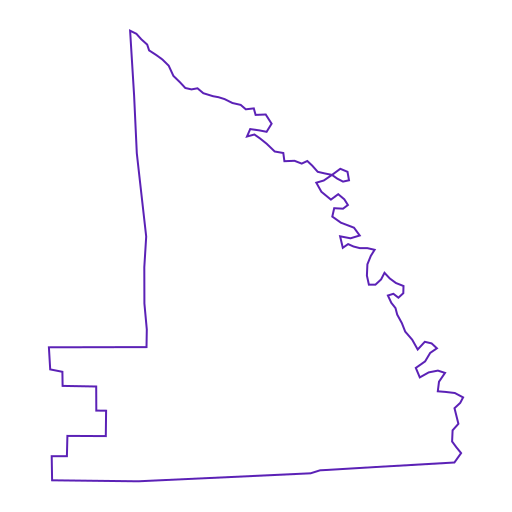 the district of Nova Prata, Rio Grande do Sul, Brazil
{"feature_id": "56859067B11495971220999", "entity_name": "Nova Prata", "entity_type": "district", "adm_level": 2, "iso_a3": "BRA", "parent_name": "Brazil", "parent_adm1": "Rio Grande do Sul", "projection": "orthographic", "projection_center": [-51.583, -28.732], "detail": "fine", "context": "isolated", "style": "outline", "palette": "violet", "viewbox_px": 512, "rotation_deg": 0, "n_neighbors": 0, "source": "geoboundaries", "source_scale": "gbopen_adm2", "svg_char_len": 1768}
<svg xmlns="http://www.w3.org/2000/svg" viewBox="0 0 512 512"><path d="M271.6,123.7L265.7,114.5L255.6,114.9L253.8,108.4L245.8,109.3L240.7,104.9L232.4,103.0L224.6,99.1L218.5,97.2L213.0,96.2L203.3,93.2L197.5,88.3L191.5,89.4L185.3,88.0L179.9,82.2L173.4,75.9L168.7,65.7L162.4,59.5L156.5,55.2L149.1,50.4L147.2,44.6L141.3,39.3L136.4,33.8L130.1,30.7L134.1,95.5L136.8,153.2L138.7,170.2L146.2,236.6L144.3,267.2L144.4,303.5L146.8,329.5L146.5,347.1L48.9,347.3L50.2,369.4L62.4,371.8L62.6,385.9L96.2,386.5L96.3,410.6L106.1,410.7L105.8,436.1L67.4,435.9L66.9,456.2L51.7,456.2L52.1,480.3L138.2,481.3L310.6,473.3L320.1,470.3L327.9,469.9L375.9,467.0L454.4,462.5L461.1,453.1L456.3,447.2L452.1,441.5L452.6,430.3L458.4,423.8L454.5,408.2L460.2,402.9L463.1,397.4L454.8,393.0L445.3,391.9L437.8,391.3L439.0,381.7L445.0,372.9L437.9,370.6L428.7,372.4L419.8,377.4L415.8,367.9L425.1,361.4L430.2,352.9L436.9,348.3L431.6,343.4L424.8,341.8L417.7,349.5L412.2,339.7L405.2,331.6L401.9,323.2L397.2,314.6L395.5,308.1L391.3,302.8L387.9,295.5L393.4,293.8L398.4,297.7L403.3,293.2L403.5,286.0L395.9,283.0L389.7,278.4L384.5,272.8L381.1,279.4L375.4,284.7L368.9,284.7L366.9,275.6L367.4,264.3L370.8,255.9L374.6,249.8L367.2,248.1L359.7,248.1L353.5,246.5L348.1,244.1L342.8,247.8L340.1,236.3L350.5,238.3L359.7,235.5L354.0,227.7L340.9,222.7L332.3,216.6L334.2,208.2L343.0,208.7L347.9,205.0L344.3,199.3L338.2,194.2L330.9,199.6L321.4,191.8L316.3,182.7L323.8,180.5L332.0,174.9L324.6,173.4L317.7,171.8L312.2,165.6L307.3,161.0L301.7,163.6L294.5,160.8L284.4,161.2L283.3,153.0L274.7,151.5L266.6,143.7L259.7,138.2L254.4,134.5L247.0,136.5L250.2,129.1L259.4,130.4L266.6,131.8L271.6,123.7ZM332.0,174.9L337.2,178.6L343.0,181.6L349.0,180.3L347.5,171.8L340.3,168.8L332.0,174.9Z" fill="none" stroke="#5b21b6" stroke-width="2"/></svg>